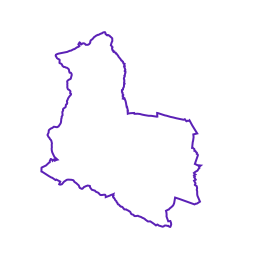 Godinesti, Gorj, Romania (Mercator projection), rotated 108°
{"feature_id": "2599482B27270234020858", "entity_name": "Godinesti", "entity_type": "district", "adm_level": 2, "iso_a3": "ROU", "parent_name": "Romania", "parent_adm1": "Gorj", "projection": "mercator", "projection_center": [22.965, 44.989], "detail": "fine", "context": "isolated", "style": "outline", "palette": "violet", "viewbox_px": 256, "rotation_deg": 108, "n_neighbors": 0, "source": "geoboundaries", "source_scale": "gbopen_adm2", "svg_char_len": 5817}
<svg xmlns="http://www.w3.org/2000/svg" viewBox="0 0 256 256"><g transform="rotate(108 128 128)"><path d="M196.3,195.5L198.2,188.3L198.8,185.5L198.7,184.8L199.9,180.9L199.2,180.3L199.9,175.9L202.8,176.1L202.9,175.7L202.7,174.7L201.9,173.5L198.9,172.3L196.3,170.3L195.8,169.5L195.5,168.7L194.7,165.6L194.6,163.8L194.7,163.6L195.8,162.3L196.4,160.3L196.8,159.3L197.1,158.8L197.7,157.3L198.7,156.3L199.3,156.0L199.6,155.6L199.9,155.2L199.9,154.5L200.1,153.8L200.1,153.0L199.7,152.5L197.6,151.5L197.3,151.0L196.7,150.5L195.2,148.6L194.9,146.4L196.3,145.6L197.9,143.3L197.8,140.1L198.5,139.0L198.8,136.1L199.7,134.7L200.2,133.6L199.9,132.3L198.9,130.3L198.6,129.2L198.8,128.8L199.7,128.1L200.6,127.8L197.9,124.4L196.8,123.3L196.0,122.2L195.3,121.4L196.0,121.4L196.1,121.2L196.4,120.9L197.4,121.2L198.1,121.0L198.2,120.6L198.8,120.1L198.7,119.8L199.4,118.9L200.5,117.9L201.3,116.3L202.2,115.7L202.6,114.8L203.4,114.3L203.7,113.8L203.7,113.0L204.1,112.2L204.5,111.8L204.7,111.4L204.6,111.0L205.0,110.4L204.8,109.2L205.1,108.5L206.0,107.3L206.0,107.0L206.5,106.5L206.5,106.1L206.0,104.4L206.3,103.6L206.5,101.9L206.8,101.2L206.8,100.7L207.2,99.8L208.6,98.6L208.9,97.7L208.9,96.0L209.2,95.5L209.6,95.0L209.7,94.5L209.2,93.0L208.4,91.5L208.6,90.8L208.6,88.1L209.0,86.3L209.0,85.5L209.3,84.0L209.9,82.9L210.1,82.0L210.7,80.4L210.6,79.8L209.9,77.9L211.1,73.8L212.0,71.3L210.8,70.3L210.7,70.1L211.3,68.2L211.2,67.3L211.2,64.7L210.6,63.7L209.6,63.1L209.4,62.8L209.0,61.7L208.8,59.7L208.7,59.5L208.9,59.4L209.1,57.4L208.9,57.2L208.0,57.1L206.4,57.1L204.9,57.8L203.4,59.0L204.3,60.9L200.3,64.0L198.5,64.5L196.6,65.3L195.0,66.3L193.2,64.5L193.0,64.1L191.5,63.4L189.7,62.2L187.8,61.2L186.7,61.0L185.2,60.9L179.6,61.7L179.6,57.5L180.1,41.1L179.1,40.2L178.8,39.4L178.6,39.1L175.8,36.8L171.0,41.0L169.7,41.7L167.0,42.6L165.7,43.3L165.6,43.5L163.8,43.7L162.2,44.6L162.0,44.8L161.6,46.6L161.4,46.9L159.9,46.7L159.5,46.9L157.7,48.9L156.2,47.6L154.3,49.9L153.6,49.4L152.7,50.6L151.4,49.5L151.1,50.4L150.4,51.4L148.6,50.2L147.2,48.8L144.9,48.2L143.9,47.7L142.6,48.8L142.0,47.7L141.2,47.2L141.9,50.4L141.5,53.3L132.5,53.1L132.1,53.2L131.6,53.6L131.4,54.6L130.2,54.9L129.7,56.2L129.1,56.7L129.0,57.1L129.2,57.6L129.2,57.8L128.5,57.9L127.5,58.5L127.1,59.8L126.7,60.3L127.0,60.9L121.3,62.1L120.3,62.1L116.4,62.8L113.9,63.9L111.8,60.5L105.7,67.7L101.7,71.9L102.4,72.2L102.6,73.4L102.9,73.9L103.3,74.1L103.5,74.4L103.3,75.0L102.1,76.7L102.8,77.4L103.0,77.8L103.8,85.1L104.0,88.3L104.3,91.0L104.4,95.1L104.6,96.8L104.6,104.3L104.7,104.9L106.4,104.3L107.9,103.7L108.1,103.6L108.3,103.9L109.2,109.5L109.6,111.0L109.8,111.4L110.0,112.2L110.6,116.1L110.9,118.7L111.0,121.0L111.4,123.0L112.5,126.3L111.8,126.8L113.1,130.1L113.9,131.8L114.5,132.6L111.8,133.7L111.6,133.4L111.3,133.6L108.3,135.4L108.5,135.7L108.0,136.0L104.9,137.6L103.2,138.6L100.9,140.5L101.6,141.1L101.6,141.8L100.8,141.5L100.5,141.9L100.1,142.1L100.0,142.5L99.9,142.7L98.9,142.6L98.7,143.1L98.4,143.2L98.2,143.2L98.1,142.8L97.9,142.8L97.7,143.2L96.9,143.8L96.6,144.1L96.1,144.1L95.6,144.9L95.2,144.9L94.8,145.2L93.8,145.5L93.6,145.4L93.3,144.9L93.0,144.9L92.8,144.7L92.2,144.9L91.3,144.9L90.8,144.7L89.8,144.7L87.6,145.3L87.0,144.9L86.6,145.5L86.2,145.5L85.7,145.9L85.2,145.8L83.9,146.2L83.7,146.4L83.2,146.5L82.7,147.0L82.2,147.2L80.8,147.3L80.4,147.1L79.6,147.1L79.3,147.6L78.5,147.4L77.4,147.6L76.4,147.5L75.9,147.8L75.4,147.7L75.0,148.0L75.0,148.5L74.5,148.5L74.2,148.8L73.5,148.5L72.4,149.3L71.5,150.2L70.6,150.1L70.5,150.3L70.6,150.7L70.5,150.9L70.1,150.9L69.4,150.6L68.9,151.1L68.0,151.1L68.0,152.3L66.5,153.3L66.5,153.8L65.8,154.7L65.8,155.3L64.9,156.2L63.0,159.2L62.4,159.6L62.1,160.1L60.8,162.0L60.9,162.5L60.2,163.0L60.1,165.0L59.6,165.0L59.7,165.4L59.4,165.7L59.4,165.9L58.9,166.1L58.9,166.7L57.5,167.7L56.1,167.7L56.1,168.1L55.3,168.6L54.6,169.9L51.8,170.0L50.1,169.8L47.6,170.7L46.9,172.0L46.5,173.2L46.2,173.5L46.2,173.8L45.9,174.2L45.9,174.8L45.7,175.6L45.8,175.9L46.1,175.8L46.3,176.5L46.2,177.0L45.8,177.5L45.7,178.2L44.3,179.1L44.0,179.6L44.7,181.0L45.4,181.7L45.9,181.9L46.9,183.3L48.5,184.8L48.9,185.8L49.6,186.3L50.1,186.9L51.2,187.6L51.8,188.2L54.3,189.2L56.2,190.5L57.2,190.6L58.6,190.3L60.1,190.8L60.9,191.4L61.3,192.0L61.9,193.9L61.2,195.2L61.1,196.0L61.2,196.5L61.8,197.6L62.4,197.8L62.9,198.2L62.8,198.8L61.7,199.9L61.6,200.5L63.0,200.9L63.9,201.0L65.0,199.5L66.0,200.1L67.1,201.5L69.5,203.3L69.9,204.1L72.0,206.1L72.6,207.3L74.4,209.3L78.7,217.0L79.5,218.1L80.6,219.2L81.7,219.1L83.5,217.1L83.8,216.3L84.1,214.4L84.5,214.0L86.9,213.4L87.4,213.1L87.5,211.7L87.9,210.6L89.1,209.6L89.8,208.0L89.5,207.1L89.7,205.9L89.6,204.7L90.2,202.9L90.7,202.3L91.5,201.8L92.6,201.3L93.4,200.6L93.1,199.6L93.2,199.3L94.1,198.3L95.0,197.9L98.8,197.7L99.4,198.1L99.8,198.7L101.5,200.0L102.1,200.2L102.7,200.2L104.2,199.4L105.1,199.3L106.8,198.6L107.9,198.4L109.0,197.7L109.5,197.3L109.8,196.8L109.9,195.9L110.3,195.0L110.8,194.2L111.2,194.0L112.7,193.8L113.2,192.7L113.5,192.6L114.0,192.6L116.1,193.5L118.2,194.1L120.2,194.2L121.0,194.4L121.9,194.2L122.7,193.6L123.4,193.5L124.0,193.5L124.7,194.1L125.2,194.2L127.2,193.8L127.8,194.1L129.5,195.4L130.3,195.6L131.4,195.1L133.1,195.4L136.0,194.2L137.9,194.6L138.8,194.2L139.9,194.3L142.3,193.7L143.7,193.5L144.7,193.6L148.1,194.6L148.4,195.1L149.0,195.5L149.2,195.9L149.7,198.9L151.0,199.8L151.8,200.5L152.2,201.1L153.9,202.3L154.7,202.6L156.9,202.1L159.3,202.4L159.5,202.4L161.1,200.8L161.7,199.7L162.7,198.7L163.1,197.8L163.8,197.0L166.1,195.6L167.4,195.4L170.1,194.4L171.0,194.3L172.8,193.6L174.6,192.5L178.2,189.1L179.9,185.3L180.4,186.1L181.7,187.5L181.1,188.1L180.5,188.2L180.6,188.5L181.1,188.9L182.5,189.6L181.6,190.5L181.3,191.6L181.4,191.9L182.5,192.0L183.5,192.2L184.7,191.8L184.9,191.9L185.5,192.5L189.0,194.4L192.3,197.9L192.8,197.9L196.1,196.9L196.3,195.5Z" fill="none" stroke="#5b21b6" stroke-width="2"/></g></svg>